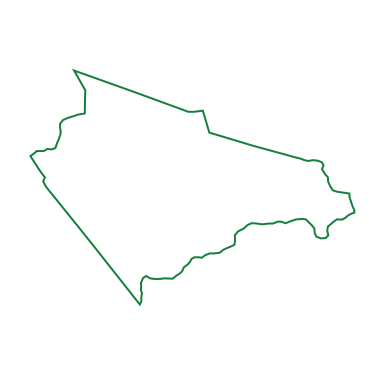 Japaratuba, Sergipe, Brazil (Natural Earth projection), rotated 93°
{"feature_id": "56859067B26587799955624", "entity_name": "Japaratuba", "entity_type": "district", "adm_level": 2, "iso_a3": "BRA", "parent_name": "Brazil", "parent_adm1": "Sergipe", "projection": "natural_earth1", "projection_center": [-36.885, -10.536], "detail": "fine", "context": "isolated", "style": "outline", "palette": "green", "viewbox_px": 384, "rotation_deg": 93, "n_neighbors": 0, "source": "geoboundaries", "source_scale": "gbopen_adm2", "svg_char_len": 1606}
<svg xmlns="http://www.w3.org/2000/svg" viewBox="0 0 384 384"><g transform="rotate(93 192 192)"><path d="M76.9,316.1L96.0,303.9L107.4,303.6L119.2,303.2L120.7,309.8L122.6,314.7L124.7,320.3L126.9,324.6L130.7,327.3L134.6,327.1L138.1,326.4L141.4,326.4L145.8,327.7L150.9,329.5L155.2,330.7L156.8,334.3L156.6,338.7L158.7,342.0L159.1,345.7L159.2,349.1L161.7,351.7L164.6,355.2L177.7,345.8L182.1,342.3L185.1,339.6L189.2,341.2L194.4,338.1L235.6,301.1L248.4,289.7L307.1,238.2L303.5,236.8L300.5,237.2L295.8,236.7L292.7,237.8L289.4,237.8L285.3,238.2L280.4,236.3L278.2,233.3L280.4,229.6L280.8,224.6L280.4,218.8L279.7,215.4L279.6,211.0L279.6,206.9L276.2,203.0L273.6,199.4L271.2,197.5L267.7,196.2L264.4,192.4L261.8,190.3L259.0,189.1L257.1,186.3L256.8,182.1L257.1,178.7L254.4,175.5L252.4,171.1L252.1,166.2L251.2,161.1L248.0,157.6L246.3,154.3L244.5,150.6L242.5,146.9L238.2,146.4L232.9,147.0L228.9,143.9L225.8,138.5L222.0,134.7L220.0,130.7L220.1,125.9L220.6,120.4L219.5,113.8L219.2,109.2L217.1,104.7L217.0,101.2L218.3,96.9L216.1,92.2L213.9,86.5L213.2,80.9L213.3,77.0L216.2,73.7L218.8,70.8L221.9,68.0L226.6,67.3L230.1,65.4L231.6,60.7L231.0,56.1L228.2,53.6L223.8,54.9L219.4,54.5L216.7,51.5L214.5,49.3L211.8,46.0L211.7,40.8L209.9,37.6L207.3,35.0L205.5,32.1L204.1,28.8L201.2,29.1L198.4,30.7L194.4,32.3L188.7,34.5L185.3,34.7L184.1,47.2L182.9,51.5L178.9,54.3L174.8,56.5L170.4,57.0L166.7,60.4L162.4,63.4L158.4,62.0L155.3,64.2L154.1,68.4L153.9,73.4L154.9,77.0L154.4,81.2L153.0,85.3L151.9,90.9L142.8,132.7L131.8,177.8L110.2,185.4L111.8,194.2L112.1,199.9L95.3,254.5L76.9,316.1Z" fill="none" stroke="#15803d" stroke-width="2"/></g></svg>